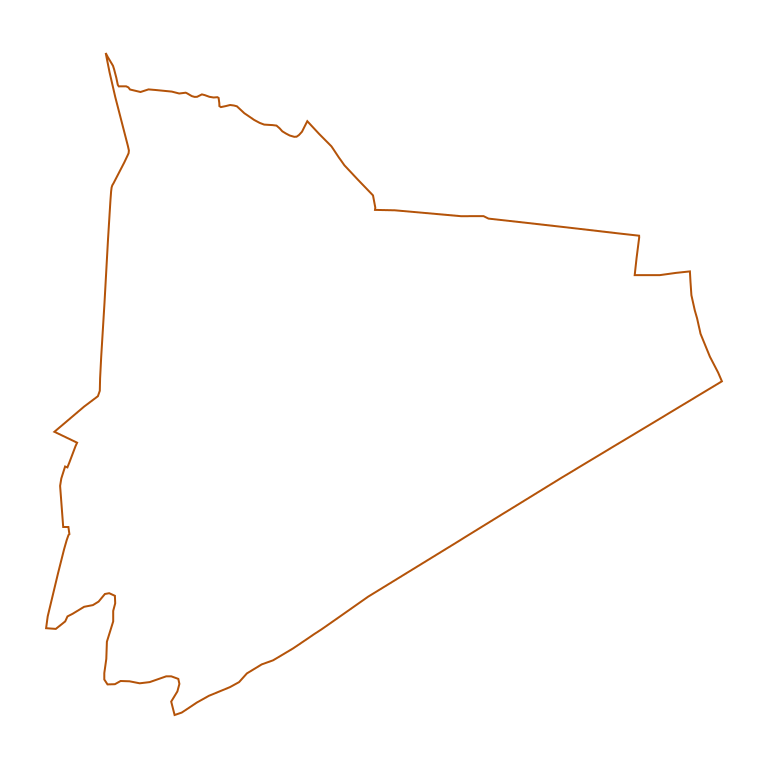 outline of Quan 6, Hồ Chí Minh city, Vietnam
{"feature_id": "81297802B35379290873600", "entity_name": "Quan 6", "entity_type": "district", "adm_level": 2, "iso_a3": "VNM", "parent_name": "Vietnam", "parent_adm1": "Hồ Chí Minh city", "projection": "albers", "projection_center": [106.632, 10.746], "detail": "fine", "context": "isolated", "style": "outline", "palette": "amber", "viewbox_px": 768, "rotation_deg": 0, "n_neighbors": 0, "source": "geoboundaries", "source_scale": "gbopen_adm2", "svg_char_len": 2182}
<svg xmlns="http://www.w3.org/2000/svg" viewBox="0 0 768 768"><path d="M46.1,628.2L55.8,628.9L65.2,621.4L67.5,616.4L72.6,613.8L84.1,606.8L92.9,605.1L98.6,601.6L104.9,594.0L109.2,593.2L114.9,595.8L115.2,603.3L113.2,610.9L113.2,621.4L106.9,641.7L106.3,658.9L104.3,673.1L104.3,679.5L107.5,684.4L114.9,684.2L120.6,681.0L129.5,681.3L139.7,683.3L149.7,682.1L166.3,676.3L171.2,676.3L178.3,678.9L179.4,683.9L177.4,691.4L171.2,701.6L174.6,715.0L181.7,712.6L196.9,702.5L208.9,695.8L230.0,687.1L239.1,682.1L246.9,673.4L261.7,664.4L273.1,660.3L293.1,648.4L308.8,637.8L313.9,634.3L321.6,629.3L338.5,617.5L368.1,596.7L460.5,540.0L464.8,537.3L503.7,513.3L505.7,512.1L561.6,477.7L612.3,447.2L643.7,428.4L721.9,381.3L718.1,372.5L709.9,356.7L700.5,333.7L699.8,330.4L698.9,326.5L697.1,318.4L694.8,310.4L691.4,295.2L690.6,283.5L690.5,282.2L689.9,271.4L675.9,272.9L660.0,275.1L634.7,275.1L636.6,257.8L639.2,237.4L639.1,235.7L619.3,233.5L562.4,226.9L488.5,218.6L483.9,216.3L483.4,216.1L461.1,216.2L394.8,210.3L375.0,209.9L375.3,207.6L373.0,195.4L357.8,179.6L349.0,170.2L344.4,165.3L340.9,160.3L339.0,157.7L333.1,148.8L331.4,146.3L319.1,133.9L307.3,121.2L304.1,127.5L302.0,131.7L299.0,135.0L296.6,136.7L294.2,136.8L289.7,135.5L285.9,133.5L282.3,131.3L279.6,128.3L276.5,125.6L272.6,125.1L264.2,124.6L259.7,122.9L254.1,119.9L248.0,115.7L244.3,113.2L236.9,106.3L233.9,105.5L230.1,105.0L225.7,106.1L220.9,107.1L219.4,106.1L219.3,103.1L218.6,97.9L217.4,97.2L213.6,97.5L209.4,96.8L204.7,95.1L201.9,94.4L197.1,96.8L194.6,96.9L191.8,96.1L187.2,93.4L185.7,92.7L179.2,93.5L171.8,91.6L155.6,90.0L148.5,89.4L140.5,92.0L130.0,89.5L128.4,87.4L126.1,86.3L121.7,86.3L118.8,86.4L117.8,84.9L116.3,77.7L114.1,69.3L113.0,65.8L107.7,56.9L105.7,53.0L109.6,72.5L115.3,97.2L126.3,139.8L127.9,146.0L128.9,150.5L128.6,153.2L127.7,155.2L124.3,162.4L113.5,183.3L112.3,185.3L111.6,187.5L111.1,191.5L110.4,201.0L108.0,239.6L104.5,302.8L101.2,356.8L100.1,378.2L99.8,390.8L97.9,396.2L84.1,406.6L54.4,431.8L77.1,442.7L75.5,446.2L69.4,462.4L67.4,467.4L65.1,466.5L61.3,478.5L60.1,485.9L63.2,527.0L68.4,527.0L69.4,534.2L68.5,535.0L66.7,540.1L64.1,549.2L58.1,573.0L47.7,616.4L46.1,628.2Z" fill="none" stroke="#b45309" stroke-width="2"/></svg>